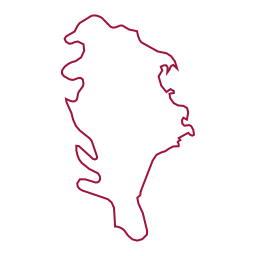 map outline of Siracusa (Mercator projection)
{"feature_id": "ITA-5414", "entity_name": "Siracusa", "entity_type": "Province", "adm_level": 1, "iso_a3": "ITA", "parent_name": "Italy", "parent_adm1": "", "projection": "mercator", "projection_center": [15.03, 37.033], "detail": "fine", "context": "isolated", "style": "outline", "palette": "rose", "viewbox_px": 256, "rotation_deg": 0, "n_neighbors": 0, "source": "natural_earth", "source_scale": "10m", "svg_char_len": 1824}
<svg xmlns="http://www.w3.org/2000/svg" viewBox="0 0 256 256"><path d="M137.0,31.2L138.0,35.7L139.6,39.9L141.3,42.3L157.8,51.5L166.7,53.3L171.2,56.3L174.9,61.4L177.1,68.5L173.2,64.9L171.0,66.1L169.4,69.6L167.3,72.6L167.7,67.5L166.3,65.3L163.8,65.3L160.8,66.7L162.3,70.4L158.6,76.4L161.3,85.7L166.4,92.0L170.4,89.1L173.8,91.0L173.8,93.0L169.5,93.7L170.1,98.0L173.6,103.0L177.9,105.4L183.6,105.9L187.1,108.1L188.2,112.4L186.9,119.6L183.4,117.7L182.0,120.1L182.4,123.8L184.4,125.7L189.2,125.1L191.3,126.2L193.3,130.0L194.0,134.8L192.2,135.7L189.7,134.5L188.4,132.9L187.1,133.4L178.7,138.1L180.3,140.1L178.2,141.4L177.7,142.0L178.7,144.0L178.7,146.2L173.1,146.5L168.9,148.7L165.3,151.2L161.6,152.3L156.5,154.8L152.6,160.7L140.6,191.7L140.3,195.1L137.3,197.8L138.5,203.7L142.9,213.3L147.1,230.9L146.9,234.6L142.2,239.2L137.3,240.6L132.5,239.4L128.1,235.7L124.7,230.9L122.9,229.1L120.0,227.5L116.7,226.5L115.1,226.6L114.0,207.8L111.6,202.5L107.9,199.2L82.4,190.5L79.7,189.0L77.8,186.7L77.2,183.5L79.9,179.3L85.2,179.3L95.6,182.5L97.7,182.3L99.3,181.1L100.1,179.1L99.8,176.3L98.1,173.4L89.3,169.0L81.6,162.8L79.1,159.3L77.4,155.1L76.4,150.5L76.3,145.8L78.9,146.1L92.9,158.8L94.9,159.5L96.8,158.6L97.0,156.4L91.7,141.0L89.7,138.4L79.9,130.6L75.9,125.9L73.0,119.3L71.5,113.2L66.5,102.1L66.0,98.9L70.3,100.9L72.6,101.4L74.8,101.3L76.7,99.8L77.4,97.4L77.8,94.7L78.6,92.1L82.9,86.2L83.5,83.5L82.8,79.5L80.8,78.0L78.0,78.1L73.6,79.8L72.2,79.9L69.2,79.2L64.0,76.2L62.0,73.6L62.1,70.4L64.6,66.8L68.1,64.0L71.9,62.1L75.7,61.1L81.1,57.4L84.2,50.7L83.5,44.3L77.8,41.5L74.5,42.2L71.9,43.4L69.3,43.7L66.1,41.9L64.6,38.8L66.2,36.3L74.6,31.5L77.5,25.9L79.6,23.1L91.5,15.8L94.2,15.4L96.9,15.7L100.0,16.8L102.2,18.2L110.6,26.8L112.9,27.6L115.3,27.4L120.5,25.5L122.5,25.6L129.0,29.5L137.0,31.2Z" fill="none" stroke="#9f1239" stroke-width="2"/></svg>